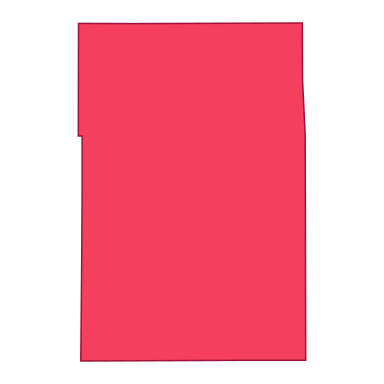 Kandiyohi, Minnesota, United States of America (orthographic projection)
{"feature_id": "52423323B77722174997843", "entity_name": "Kandiyohi", "entity_type": "district", "adm_level": 2, "iso_a3": "USA", "parent_name": "United States of America", "parent_adm1": "Minnesota", "projection": "orthographic", "projection_center": [-95.062, 45.152], "detail": "fine", "context": "isolated", "style": "filled", "palette": "rose", "viewbox_px": 384, "rotation_deg": 0, "n_neighbors": 0, "source": "geoboundaries", "source_scale": "gbopen_adm2", "svg_char_len": 276}
<svg xmlns="http://www.w3.org/2000/svg" viewBox="0 0 384 384"><path d="M78.5,23.4L78.3,136.0L82.1,136.0L82.1,191.9L81.8,248.2L80.8,361.0L247.7,360.3L305.7,360.3L305.2,135.6L302.5,79.2L302.3,23.0L134.7,23.6L78.5,23.4Z" fill="#f43f5e" stroke="#9f1239" stroke-width="1.5"/></svg>